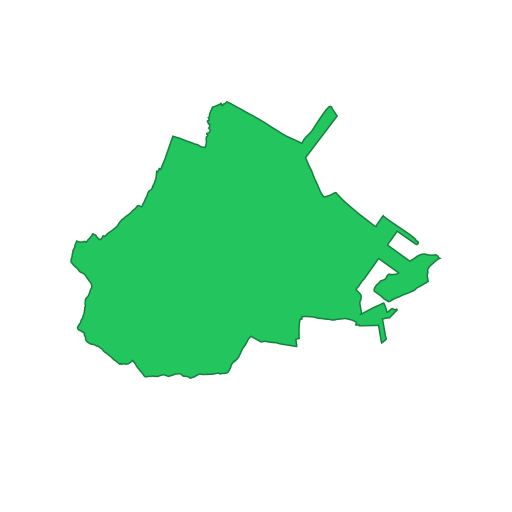 the district of Fruntiseni, Vaslui, Romania, rotated 124°
{"feature_id": "2599482B75972445182391", "entity_name": "Fruntiseni", "entity_type": "district", "adm_level": 2, "iso_a3": "ROU", "parent_name": "Romania", "parent_adm1": "Vaslui", "projection": "mercator", "projection_center": [27.757, 46.208], "detail": "fine", "context": "isolated", "style": "filled", "palette": "green", "viewbox_px": 512, "rotation_deg": 124, "n_neighbors": 0, "source": "geoboundaries", "source_scale": "gbopen_adm2", "svg_char_len": 6135}
<svg xmlns="http://www.w3.org/2000/svg" viewBox="0 0 512 512"><g transform="rotate(124 256 256)"><path d="M418.0,280.0L415.8,277.6L414.2,275.3L413.1,274.3L412.6,272.9L410.9,270.2L408.4,268.3L406.1,266.3L404.7,261.2L401.7,258.7L399.0,256.9L396.3,253.5L395.9,252.4L396.3,249.2L394.7,246.4L393.9,244.2L394.1,242.3L391.1,239.8L386.0,237.3L384.8,235.9L384.0,233.8L378.5,226.2L376.8,224.3L376.2,224.0L374.3,221.9L373.6,220.2L373.9,219.8L372.5,218.6L370.2,215.5L369.5,215.0L368.0,214.3L367.5,214.2L362.8,214.6L360.1,215.6L357.8,215.5L355.8,215.3L356.0,215.1L355.4,214.8L352.0,214.0L349.8,213.8L340.9,215.2L337.6,215.3L336.0,215.1L331.4,215.5L330.6,215.7L329.6,215.8L328.0,215.7L325.4,215.3L324.4,203.6L322.9,202.2L321.8,200.9L321.1,199.8L320.5,198.0L318.5,194.0L316.3,190.2L316.0,188.8L315.1,186.3L308.3,171.7L307.4,172.4L306.6,172.7L306.4,173.2L305.6,174.0L304.5,174.6L303.7,175.7L303.0,176.2L302.5,176.2L302.3,176.1L300.9,174.7L300.0,174.1L299.7,174.2L299.0,175.3L298.0,175.7L294.1,178.5L289.2,181.5L286.3,183.1L283.4,184.0L282.7,182.7L280.5,184.0L277.6,179.8L274.9,175.2L274.4,174.2L273.1,170.4L272.1,168.2L271.4,167.2L269.6,163.4L267.7,160.1L266.5,157.2L265.4,155.5L264.7,154.7L263.7,154.0L261.9,151.8L258.1,147.3L257.5,146.1L256.3,143.1L255.4,140.4L255.1,138.9L254.9,137.0L254.9,135.4L257.4,134.8L255.6,131.9L256.1,131.3L245.0,115.6L252.5,108.4L257.0,104.2L257.8,103.2L254.6,102.1L252.1,101.5L249.3,104.5L237.5,115.9L235.2,113.8L233.3,111.8L232.7,110.8L221.8,108.8L221.5,109.2L221.6,109.8L222.7,110.5L223.3,112.5L223.4,113.8L224.9,114.3L227.8,115.1L228.9,115.6L229.4,116.0L227.5,118.0L225.4,120.8L223.6,123.6L223.9,124.2L226.0,125.4L227.3,126.0L232.8,129.6L242.4,134.7L244.6,135.7L245.5,136.5L245.0,136.5L244.3,136.7L243.7,137.2L237.5,143.2L235.8,144.2L235.1,144.5L233.6,144.6L230.4,146.4L229.5,147.5L228.4,151.8L228.0,154.1L227.8,154.3L226.4,154.4L223.8,154.0L217.3,154.0L214.5,153.5L189.5,152.9L190.2,128.4L190.5,128.3L191.9,129.0L192.5,129.4L194.8,132.1L195.6,133.1L196.4,135.2L196.7,135.6L198.3,136.1L199.2,136.2L201.4,135.8L202.8,136.0L204.4,136.7L207.0,138.8L209.9,139.0L211.9,139.7L213.9,139.9L216.3,139.8L217.9,139.2L219.0,138.4L219.2,130.5L219.9,126.4L219.8,120.7L218.5,119.5L215.2,118.0L211.3,115.7L209.6,114.3L207.1,113.1L201.3,108.9L195.8,105.5L193.1,105.0L190.8,103.9L186.7,101.7L184.6,100.9L183.2,99.9L182.1,99.6L181.6,99.6L180.8,99.0L176.8,102.8L175.3,103.8L174.1,104.0L171.3,106.1L168.1,106.3L166.3,106.0L158.1,103.8L156.3,103.1L155.1,102.3L155.2,103.1L155.0,104.2L154.4,104.9L154.5,107.6L156.9,110.5L158.8,113.7L159.5,116.1L160.4,117.7L162.2,119.9L166.0,122.2L169.2,123.3L174.3,125.6L173.4,153.1L170.7,153.2L167.8,153.0L156.5,152.8L156.9,129.8L156.6,129.2L155.9,128.7L155.0,128.6L153.7,129.3L153.5,132.6L152.9,133.0L152.2,140.7L152.1,166.5L151.8,171.6L151.7,172.6L151.5,173.0L153.2,173.2L161.9,173.3L164.6,172.9L164.8,174.0L164.8,175.5L164.3,182.1L164.0,187.7L163.4,195.7L161.8,210.4L160.7,217.0L159.2,223.7L159.0,224.6L158.7,225.0L159.2,225.8L163.5,228.2L165.1,229.2L168.9,232.3L169.0,232.6L168.4,234.9L167.4,237.1L166.1,239.5L162.7,244.6L159.0,250.8L154.2,257.7L151.5,262.5L146.8,269.9L94.6,267.0L91.0,275.7L90.3,276.4L90.1,276.8L90.4,278.0L90.9,278.5L91.8,279.0L96.6,279.7L107.2,279.9L120.8,279.6L124.4,280.0L128.9,281.0L132.5,281.4L137.0,281.0L137.8,287.2L139.3,295.6L139.7,298.5L140.0,303.2L140.4,313.5L140.6,324.2L141.5,337.8L142.0,341.2L142.7,350.4L143.1,353.6L143.8,362.4L144.4,366.5L145.0,366.5L147.0,366.8L147.7,367.6L148.5,367.9L150.1,367.8L150.3,368.6L149.1,370.0L149.0,370.4L149.1,370.5L150.1,370.7L154.2,373.2L156.9,375.3L164.3,373.9L165.5,373.1L166.5,372.6L166.9,372.6L168.0,373.0L168.6,371.7L169.0,371.2L169.6,370.9L170.3,371.1L170.7,371.6L171.5,371.7L171.7,371.1L172.3,370.2L173.1,369.3L173.1,369.0L172.7,368.4L172.9,367.7L175.4,366.6L176.4,366.8L176.7,365.4L177.3,364.4L178.1,363.7L180.3,364.0L181.1,364.5L181.6,365.2L182.3,365.1L182.5,364.9L182.6,364.0L183.0,363.5L184.1,363.3L184.9,363.6L185.4,363.6L186.9,362.7L188.8,361.2L190.4,360.2L192.6,359.3L194.5,359.0L195.3,360.4L196.1,362.6L196.3,364.1L196.3,366.8L196.4,367.3L197.0,368.1L197.5,369.5L197.6,370.5L197.8,371.6L199.9,379.7L201.1,385.2L203.2,391.9L225.8,385.9L237.5,383.4L237.6,385.1L241.2,384.5L241.4,385.7L245.6,383.3L248.9,381.9L250.9,381.6L251.7,381.1L252.9,381.0L253.6,380.8L256.3,380.7L256.7,379.9L257.3,380.0L259.0,380.0L260.1,380.1L261.5,380.8L262.8,381.1L263.8,381.0L268.1,379.8L269.3,379.8L278.9,378.2L279.2,378.4L279.4,378.8L279.7,381.2L280.0,381.8L280.3,382.1L280.9,382.3L284.2,382.6L288.0,383.8L288.6,383.7L292.3,384.5L295.7,385.9L299.5,386.9L300.5,387.4L304.6,387.9L308.3,387.7L309.7,387.9L315.0,389.5L320.5,391.6L322.3,391.8L324.2,392.3L324.4,393.6L324.8,394.0L325.1,394.1L325.9,393.9L329.4,393.9L329.9,396.2L329.4,397.4L329.2,398.6L328.3,400.5L328.9,403.5L329.1,403.9L330.6,403.6L333.5,403.7L336.5,404.3L339.3,404.4L339.5,405.1L339.6,406.1L341.7,408.0L342.6,409.2L343.4,410.6L343.8,413.0L348.9,411.9L350.0,411.2L354.4,410.6L355.8,409.5L356.7,409.6L358.8,408.4L360.3,407.8L361.6,407.6L363.5,406.6L364.6,405.7L365.0,403.9L365.8,401.4L366.2,397.3L367.5,393.6L367.5,391.7L367.1,390.7L367.0,387.7L369.0,382.8L370.7,377.9L371.6,376.4L373.2,375.0L374.5,374.5L376.2,374.4L378.1,373.9L380.2,373.2L383.5,372.7L386.0,373.2L387.5,373.0L391.7,370.7L392.3,369.7L393.4,369.3L394.3,369.3L395.4,368.5L400.0,366.3L401.2,366.1L404.6,365.0L406.2,365.1L407.1,365.0L408.3,364.5L409.9,364.1L410.6,364.3L414.8,364.1L415.6,363.4L416.3,362.3L416.4,361.6L416.4,360.9L416.1,360.3L415.9,359.3L416.1,358.2L416.1,357.6L415.9,356.9L415.8,356.3L416.1,355.0L417.2,354.4L417.7,353.8L418.4,352.4L420.5,350.3L421.0,349.6L421.6,347.5L421.6,346.2L421.4,343.8L420.4,341.7L420.1,340.8L419.7,338.7L419.8,338.0L419.1,336.4L419.2,335.9L419.1,334.4L419.3,333.5L419.2,331.2L420.0,329.3L420.3,327.6L420.2,325.3L420.6,320.3L421.4,316.1L421.4,314.1L421.9,308.4L420.7,307.9L421.1,307.3L421.0,307.1L420.7,307.0L420.5,306.6L420.2,306.2L419.3,305.4L418.3,303.2L417.1,301.9L415.6,301.1L414.1,300.6L412.8,299.9L411.6,299.9L412.9,295.7L413.4,294.7L414.0,293.8L415.5,289.3L416.9,284.2L417.7,282.3L418.1,281.2L418.0,280.0Z" fill="#22c55e" stroke="#15803d" stroke-width="1.5"/></g></svg>